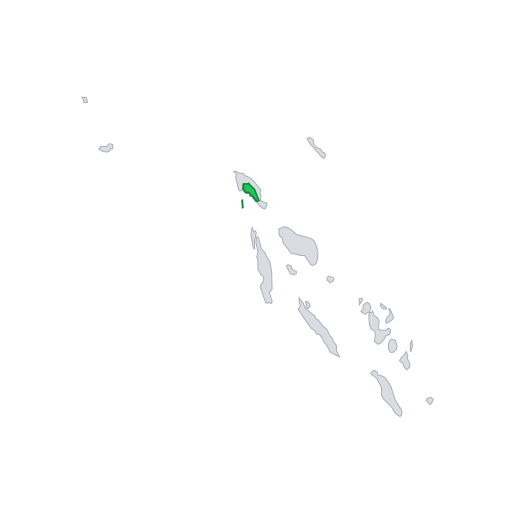 location of Central Makira, Makira, Solomon Islands, rotated 192°
{"feature_id": "97153195B44789937557003", "entity_name": "Central Makira", "entity_type": "district", "adm_level": 2, "iso_a3": "SLB", "parent_name": "Solomon Islands", "parent_adm1": "Makira", "projection": "equal_earth", "projection_center": [161.859, -10.384], "detail": "fine", "context": "in_parent", "style": "filled", "palette": "green", "viewbox_px": 512, "rotation_deg": 192, "n_neighbors": 0, "source": "geoboundaries", "source_scale": "gbopen_adm2", "svg_char_len": 6447}
<svg xmlns="http://www.w3.org/2000/svg" viewBox="0 0 512 512"><g transform="rotate(192 256 256)"><path d="M200.5,258.8L208.5,266.6L211.9,265.9L222.3,266.0L228.5,271.6L232.1,274.2L234.2,279.2L236.7,280.3L238.3,282.8L239.1,287.5L235.3,290.0L233.0,290.7L227.0,289.0L221.2,285.5L209.7,285.0L204.3,284.0L202.4,282.7L200.7,280.8L198.0,276.5L195.9,271.4L195.5,268.4L195.3,262.7L196.0,260.7L198.2,258.6L200.5,258.8ZM236.6,212.1L245.5,226.6L245.2,229.2L244.0,230.8L243.6,235.7L244.8,237.6L247.2,238.5L251.4,243.7L253.2,252.0L254.9,254.9L255.0,260.9L259.0,269.4L259.3,273.4L258.9,275.3L257.3,274.2L252.6,264.6L247.2,260.5L246.5,258.7L241.1,253.1L237.4,243.8L233.4,227.0L235.3,223.1L230.8,215.0L231.0,212.8L234.2,213.2L234.8,212.2L236.6,212.1ZM204.0,219.4L205.1,224.0L200.3,219.9L196.6,214.9L186.1,209.5L183.8,206.7L181.9,206.4L176.5,201.8L171.2,198.8L167.1,193.2L165.2,192.3L161.8,187.9L158.6,185.0L157.4,179.8L154.3,176.2L153.5,174.6L163.5,177.5L168.2,183.3L172.2,186.5L173.6,188.9L177.2,192.1L180.4,192.4L183.6,195.6L186.5,196.5L188.8,198.2L203.8,212.7L202.0,216.6L204.0,219.4ZM271.5,313.0L276.1,315.8L278.7,315.4L282.6,317.3L285.6,316.2L287.5,318.7L292.2,328.6L292.2,331.9L295.3,334.1L292.7,334.6L289.1,333.4L286.3,334.2L283.3,332.3L278.4,331.3L274.1,329.0L265.1,321.7L265.2,318.0L263.7,316.2L263.3,311.7L260.1,310.3L256.3,310.0L256.0,307.9L256.7,304.1L259.5,304.1L262.9,305.7L271.5,313.0ZM118.3,164.1L119.5,165.9L116.7,168.8L113.0,167.2L112.1,164.7L109.5,165.2L104.3,163.8L97.2,156.8L89.6,143.7L82.3,136.4L80.9,134.1L80.7,130.4L81.7,128.9L86.2,130.5L92.1,136.5L101.7,142.7L104.3,145.9L106.0,153.6L107.6,155.8L112.8,161.7L118.3,164.1ZM128.5,208.6L130.8,212.6L133.4,221.5L133.0,224.5L131.1,224.7L130.6,226.6L128.0,222.3L124.6,221.1L122.2,218.5L121.1,209.9L119.1,209.4L113.6,210.2L111.8,213.0L109.3,212.1L108.7,209.6L109.1,207.1L112.5,204.7L113.2,201.5L116.5,196.0L118.6,195.1L122.5,197.1L123.0,204.8L124.4,207.4L128.5,208.6ZM230.5,381.4L228.0,383.1L225.7,382.2L224.0,381.0L222.6,377.3L219.5,374.9L215.1,374.0L212.9,371.6L209.9,370.8L209.0,368.8L209.3,366.7L209.7,365.6L212.5,366.6L225.9,376.5L230.5,381.4ZM89.5,193.0L88.8,193.7L87.6,191.1L86.7,190.3L86.7,187.3L83.0,182.5L82.7,179.2L84.8,176.0L87.7,177.9L90.5,182.0L93.8,183.3L93.2,186.0L90.2,190.8L89.5,193.0ZM107.7,200.8L106.3,202.8L102.3,202.5L99.3,197.5L99.3,193.8L101.6,190.4L104.5,189.7L106.1,191.1L107.5,193.9L108.1,197.6L107.7,200.8ZM141.0,230.1L137.5,234.0L134.9,232.7L132.8,229.4L133.8,224.4L135.9,223.3L137.0,221.6L140.9,223.0L141.9,223.9L139.6,226.4L140.9,228.3L141.0,230.1ZM430.9,331.0L424.9,332.0L422.6,335.5L419.5,335.2L418.5,332.3L418.5,330.9L420.1,331.1L421.0,328.3L422.8,326.9L426.9,326.3L431.9,327.8L430.7,330.4L430.9,331.0ZM265.5,276.0L265.7,283.0L262.9,279.1L261.7,280.5L260.5,278.7L260.7,270.5L258.8,262.7L260.4,263.4L265.5,276.0ZM115.0,231.6L115.0,232.3L113.0,230.9L108.6,224.3L109.4,222.1L113.4,217.9L114.6,217.3L115.8,219.9L114.8,223.8L113.5,224.8L113.0,228.5L115.0,231.6ZM215.6,245.3L218.7,245.9L224.2,252.3L222.9,254.3L220.4,253.3L219.5,253.7L218.7,251.5L215.8,249.6L213.3,249.4L213.0,247.2L215.6,245.3ZM180.2,251.5L175.9,250.8L174.7,249.2L176.1,246.7L178.0,245.2L179.7,246.6L181.6,247.0L181.8,250.1L180.2,251.5ZM58.6,152.8L54.9,153.9L52.7,152.4L53.7,148.6L54.9,146.7L59.5,150.1L58.6,152.8ZM198.2,221.5L196.4,222.2L193.9,220.4L192.7,218.8L193.3,216.2L194.8,215.3L196.5,217.0L196.6,218.7L198.2,221.5ZM459.3,375.0L456.1,375.8L454.9,375.6L452.8,371.4L454.3,370.4L456.7,370.8L457.4,373.3L459.3,375.0ZM124.3,233.8L124.2,235.5L122.2,234.9L117.5,232.4L117.4,231.2L120.0,230.8L121.9,231.1L124.3,233.8ZM86.8,201.5L86.1,206.4L84.2,200.3L84.5,195.4L85.2,194.8L86.8,201.5ZM146.3,235.6L143.6,237.0L142.8,235.1L144.7,229.8L146.3,235.6Z" fill="#d9dde1" stroke="#a8b0b8" stroke-width="1"/><path d="M271.3,320.9L273.1,322.0L276.9,324.4L277.9,325.3L277.9,325.2L280.4,324.6L283.0,324.0L282.9,323.9L283.0,323.9L283.0,323.7L283.1,323.3L283.0,323.2L283.2,322.9L283.2,322.5L283.4,322.5L283.4,322.3L283.4,322.2L283.2,322.1L283.3,321.9L283.1,321.8L283.2,321.7L283.0,321.4L282.9,321.3L282.9,321.2L283.0,320.9L282.8,320.8L282.7,320.7L282.6,320.8L282.5,320.7L282.6,320.4L282.6,320.2L282.4,320.1L282.4,319.9L282.5,319.8L282.7,319.7L282.8,319.6L282.6,319.4L282.5,319.2L282.4,319.2L282.6,318.9L282.7,318.7L282.2,318.6L281.8,318.4L281.3,317.8L281.1,317.5L280.9,317.7L280.7,317.5L280.4,317.0L280.4,316.9L280.2,316.8L280.2,316.7L280.3,316.6L280.3,316.4L280.2,316.3L280.1,316.2L279.9,316.2L279.5,316.4L279.4,316.2L279.2,315.9L278.9,315.9L278.8,316.3L278.6,316.4L278.4,316.3L278.4,316.2L278.3,315.9L278.2,315.9L277.9,315.8L277.7,315.8L277.4,316.0L277.4,316.3L277.2,316.3L276.9,316.4L276.7,316.4L276.4,316.3L276.2,316.4L275.9,316.3L275.9,316.2L275.9,316.3L275.8,316.2L275.7,316.2L275.3,316.0L275.1,315.8L274.9,315.6L274.6,315.2L274.5,314.9L274.5,314.7L274.4,314.5L274.4,314.4L274.4,314.2L274.2,314.1L273.9,314.3L273.9,314.2L273.8,314.3L273.7,314.4L273.3,314.3L273.2,314.2L273.1,313.9L272.9,313.8L272.8,314.1L272.7,314.1L272.3,314.2L271.9,314.1L271.7,314.0L271.5,313.9L271.3,313.7L271.2,313.6L271.2,313.4L271.0,313.2L270.9,312.9L270.8,312.7L270.7,312.5L270.6,312.4L270.5,312.2L270.6,311.9L270.4,311.8L270.2,311.8L269.9,311.8L269.8,312.1L269.7,312.1L269.4,312.0L269.3,311.9L269.2,311.6L269.3,311.5L269.4,311.4L269.1,311.5L269.0,311.3L269.0,311.2L269.0,310.9L268.9,310.9L268.7,310.7L268.4,310.6L268.2,310.5L268.2,310.4L268.1,310.2L267.9,310.0L267.7,309.9L267.6,310.0L267.6,309.9L267.4,309.7L267.3,309.8L267.1,309.7L266.9,309.6L264.6,310.6L266.1,313.0L267.6,315.2L271.3,320.9L271.3,320.9ZM281.2,306.9L281.2,306.6L281.0,306.4L280.9,306.2L280.7,305.8L280.7,305.6L280.7,305.3L280.7,305.1L280.4,305.1L280.2,305.2L280.2,305.4L280.2,305.5L280.3,305.6L280.3,305.8L280.4,306.0L280.5,306.2L280.5,306.3L280.8,306.4L280.7,306.4L280.7,306.5L280.8,306.5L280.8,306.4L280.7,306.6L280.6,306.4L280.6,306.5L280.7,306.8L280.7,307.0L280.8,307.0L280.8,306.9L280.8,306.6L281.0,306.5L281.1,306.8L281.0,307.1L280.9,307.3L280.9,307.1L280.9,306.9L280.9,307.0L280.8,307.3L280.8,307.5L281.0,307.7L281.2,307.3L281.2,307.1L281.2,306.9ZM280.2,303.4L280.2,303.2L280.0,302.9L279.9,302.7L279.7,302.7L279.7,302.8L279.5,303.1L279.6,303.3L279.8,303.6L279.8,303.8L280.0,303.7L280.2,303.4L280.2,303.4ZM279.4,300.6L279.3,300.4L279.2,300.4L279.0,300.5L278.9,300.8L279.0,300.9L278.9,301.0L278.8,301.3L278.9,301.5L279.0,301.5L279.1,301.4L279.2,301.2L279.3,301.2L279.3,300.9L279.3,300.7L279.4,300.6Z" fill="#22c55e" stroke="#15803d" stroke-width="1.5"/></g></svg>